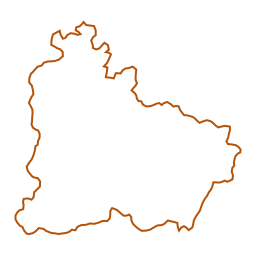 Belo Vale, Minas Gerais, Brazil
{"feature_id": "56859067B69751783454408", "entity_name": "Belo Vale", "entity_type": "district", "adm_level": 2, "iso_a3": "BRA", "parent_name": "Brazil", "parent_adm1": "Minas Gerais", "projection": "robinson", "projection_center": [-44.059, -20.405], "detail": "fine", "context": "isolated", "style": "outline", "palette": "amber", "viewbox_px": 256, "rotation_deg": 0, "n_neighbors": 0, "source": "geoboundaries", "source_scale": "gbopen_adm2", "svg_char_len": 3055}
<svg xmlns="http://www.w3.org/2000/svg" viewBox="0 0 256 256"><path d="M95.7,30.5L94.1,26.1L89.8,25.5L86.1,25.0L83.6,22.0L81.9,24.2L79.6,26.3L76.4,27.2L75.7,30.3L78.4,31.9L80.5,34.1L77.4,34.9L74.9,33.8L70.6,33.2L67.2,35.1L65.4,37.9L62.9,38.7L60.6,34.7L59.7,30.8L56.2,32.7L53.1,34.3L51.8,38.4L51.4,42.0L51.3,44.9L54.3,46.4L57.3,48.3L60.2,49.3L62.6,51.8L62.9,56.2L59.1,59.5L55.0,61.0L51.3,61.3L47.9,61.5L43.8,62.7L41.6,65.6L37.6,66.7L34.9,69.6L33.0,71.8L30.8,74.0L29.3,78.3L29.2,82.6L31.9,85.7L33.0,90.7L33.4,94.3L31.5,97.0L30.0,100.2L28.9,102.8L30.8,106.3L32.4,109.6L32.6,113.6L32.2,117.5L32.0,121.6L31.5,124.4L33.0,127.8L35.6,129.5L38.2,130.6L39.6,133.6L39.6,137.5L38.1,140.8L37.6,144.8L35.5,146.2L34.7,151.1L33.2,156.1L31.5,159.7L29.3,162.4L26.7,166.7L27.7,170.7L30.1,173.9L32.4,176.7L34.9,177.7L37.8,178.2L40.1,181.4L39.9,186.6L36.8,189.6L34.2,192.2L33.6,197.2L31.5,199.7L27.9,198.4L23.7,198.9L23.0,202.0L23.6,204.8L23.2,209.2L19.3,210.3L17.0,212.8L15.6,215.4L15.4,219.0L17.2,222.5L19.8,225.6L22.5,227.0L24.1,230.6L26.6,233.6L29.3,234.0L32.9,233.1L35.6,231.3L38.8,228.1L43.7,228.9L45.9,230.8L48.4,231.8L51.0,232.9L55.2,233.4L58.6,234.0L62.0,233.5L66.3,232.9L69.5,231.7L71.9,229.7L75.3,230.3L77.5,226.8L81.2,225.1L85.9,224.8L90.0,223.5L94.3,223.8L98.5,222.7L101.6,221.3L104.1,220.8L107.0,221.2L109.5,218.8L110.2,215.8L110.3,211.1L112.1,208.1L114.8,209.0L117.4,210.3L120.2,212.8L123.4,215.6L126.3,215.7L129.2,214.6L131.2,216.8L131.4,220.3L133.1,224.0L135.7,226.5L138.3,228.7L141.6,230.8L146.5,230.6L150.5,229.5L153.5,227.6L157.6,225.4L161.2,225.2L164.0,224.1L165.9,222.3L167.9,220.5L171.0,221.3L173.4,221.8L177.3,222.9L177.8,227.0L179.1,230.6L181.3,227.5L183.9,226.2L186.3,227.6L188.8,230.2L192.4,227.3L193.3,223.7L193.9,220.3L196.1,216.1L198.2,213.2L199.9,210.6L201.0,207.4L202.2,204.0L203.4,201.4L204.8,198.9L207.0,196.0L208.9,192.2L210.9,189.8L212.3,186.6L213.4,182.3L216.4,182.4L218.9,182.6L221.7,182.0L224.8,180.6L227.3,181.8L230.0,180.6L232.4,179.4L233.0,175.6L231.7,171.4L232.4,167.8L234.3,165.5L233.9,162.3L234.6,158.9L235.7,155.8L237.9,153.5L240.3,152.4L240.6,149.5L238.6,147.1L235.9,145.2L231.6,144.4L227.9,144.0L226.4,141.3L228.1,138.0L229.0,133.6L229.9,130.1L229.9,126.6L227.3,126.2L224.5,125.9L221.4,126.6L218.3,127.4L215.6,125.5L213.4,123.3L210.7,121.2L206.8,120.2L203.2,121.3L199.6,122.8L197.1,120.8L195.2,118.7L193.1,117.2L190.5,116.2L187.3,115.4L184.0,115.1L182.0,112.6L180.2,110.2L178.6,106.3L176.0,106.0L173.4,106.6L170.9,104.2L167.1,102.0L164.0,103.1L161.6,105.0L159.4,103.1L156.8,103.5L154.0,104.9L150.5,106.1L146.7,106.5L143.2,104.9L141.2,101.3L138.5,101.1L136.8,98.4L136.3,95.3L134.5,92.9L131.6,90.4L133.4,88.0L135.3,86.0L137.0,83.4L135.6,79.8L135.7,74.8L136.3,69.6L132.6,66.6L128.6,68.1L125.4,68.5L122.5,70.5L120.7,73.4L115.8,73.2L113.8,78.4L110.2,77.7L105.8,77.2L106.9,71.5L107.4,67.5L103.9,66.4L107.0,63.1L109.0,58.9L111.0,54.3L108.6,52.6L106.0,52.2L108.9,49.5L107.8,45.0L104.4,42.8L102.3,45.0L99.5,48.3L96.3,49.4L93.1,48.1L92.6,44.5L91.2,40.5L93.1,37.1L95.7,35.2L95.7,30.5Z" fill="none" stroke="#b45309" stroke-width="2"/></svg>